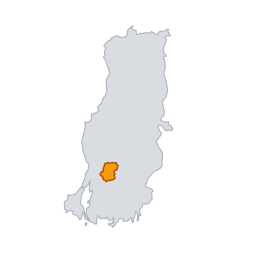 where Eskisehir sits in Turkey, rotated 284°
{"feature_id": "TUR-2269", "entity_name": "Eskisehir", "entity_type": "Province", "adm_level": 1, "iso_a3": "TUR", "parent_name": "Turkey", "parent_adm1": "", "projection": "orthographic", "projection_center": [31.246, 39.627], "detail": "fine", "context": "in_parent", "style": "filled", "palette": "amber", "viewbox_px": 256, "rotation_deg": 284, "n_neighbors": 0, "source": "natural_earth", "source_scale": "10m", "svg_char_len": 4808}
<svg xmlns="http://www.w3.org/2000/svg" viewBox="0 0 256 256"><g transform="rotate(284 128 128)"><path d="M190.4,87.1L193.8,87.9L194.8,86.9L197.8,86.7L200.5,87.0L201.7,84.8L203.6,84.8L204.1,85.8L205.0,86.0L208.1,88.1L207.8,88.5L208.6,89.3L211.0,89.6L211.4,90.9L213.5,92.5L214.9,95.3L214.6,97.4L213.8,98.8L215.9,103.0L215.5,103.6L218.6,104.7L222.2,103.9L223.5,104.3L227.5,107.3L228.6,108.5L225.9,107.2L224.7,108.8L224.5,112.3L220.7,113.5L221.6,115.7L222.8,116.5L222.8,118.7L223.2,119.5L224.5,120.7L224.6,122.6L225.3,124.5L225.6,126.9L227.4,127.4L226.8,128.6L225.6,133.7L225.8,134.1L227.0,134.0L230.1,135.9L229.7,136.7L230.5,139.7L233.2,141.4L232.9,142.5L233.2,143.5L231.3,143.3L228.2,146.6L227.8,146.6L227.2,145.7L226.7,142.9L225.7,142.3L224.6,142.3L222.8,143.9L221.1,144.1L219.3,144.1L214.4,143.0L212.8,143.8L210.9,143.4L207.9,147.2L206.8,147.6L206.1,146.0L204.8,145.2L203.4,146.7L197.5,149.0L194.8,149.6L191.4,149.4L188.6,149.9L181.3,154.5L174.1,157.2L167.5,157.6L163.7,155.6L160.8,155.2L152.6,159.5L148.4,159.6L146.9,158.2L143.7,157.8L143.1,159.3L142.6,162.7L143.9,165.8L142.1,166.1L141.0,166.9L140.8,169.2L139.2,170.2L138.7,171.7L138.5,171.8L135.7,170.7L136.4,169.5L134.5,165.3L135.3,163.9L138.6,160.1L138.4,158.0L136.8,156.7L132.6,159.5L132.2,160.5L131.3,161.4L129.6,161.8L121.7,158.7L117.3,161.8L113.5,166.3L110.6,168.0L101.9,169.4L100.4,170.3L97.4,169.4L95.6,168.3L91.6,163.4L84.0,159.7L76.0,158.7L75.3,159.7L75.0,163.5L73.7,167.1L73.0,167.5L71.3,166.5L65.1,168.6L59.8,166.1L58.9,165.1L57.9,160.9L57.1,160.5L56.2,161.1L55.4,161.1L51.6,159.1L49.6,159.0L48.3,160.7L46.3,161.3L46.3,160.8L47.1,159.7L44.0,159.8L42.3,160.6L40.0,160.0L40.2,159.5L42.0,159.0L46.3,158.6L49.0,155.9L39.0,155.6L38.0,156.2L37.9,154.7L38.5,154.1L41.2,153.7L41.0,152.5L39.5,151.1L37.8,150.4L37.1,147.3L36.2,146.5L36.4,146.1L38.0,145.6L38.5,143.5L38.3,142.1L35.1,140.8L34.4,140.8L33.7,139.6L32.3,138.7L31.2,139.3L28.1,137.4L28.7,136.1L29.5,136.2L29.7,135.2L29.2,133.4L29.3,132.5L30.0,132.3L30.8,132.6L31.5,133.6L31.5,135.6L32.3,136.8L33.0,135.6L34.4,136.4L37.1,135.9L37.6,135.4L35.7,135.4L35.0,134.8L33.6,131.6L35.2,130.7L36.4,129.2L34.3,128.1L34.8,125.9L33.1,123.3L35.7,120.3L35.6,119.8L34.9,119.6L27.0,120.5L27.0,119.1L27.7,117.9L27.8,114.9L28.2,113.2L29.7,112.8L31.5,110.5L34.5,107.8L37.4,108.0L38.6,107.2L40.4,107.3L40.8,108.4L42.3,109.3L45.0,109.3L46.4,108.6L45.2,107.1L46.7,106.7L47.9,107.1L47.2,108.6L47.6,108.8L51.1,108.4L54.7,108.9L58.8,108.8L59.3,108.4L56.5,106.7L58.3,105.4L59.4,105.2L67.8,104.1L67.9,103.8L62.7,103.0L60.1,101.1L59.4,100.1L60.0,97.8L60.6,97.2L62.4,97.1L68.7,98.3L73.2,97.7L78.2,99.3L82.9,99.0L83.8,98.3L85.0,96.0L91.6,92.2L93.9,90.2L104.1,86.2L119.5,86.4L122.1,84.8L123.6,85.2L123.3,86.2L123.4,87.1L125.3,89.3L128.1,90.5L131.9,89.2L133.3,89.6L134.8,93.1L137.3,95.1L138.4,95.2L139.8,93.9L141.2,93.6L143.5,94.7L144.4,95.9L151.8,96.9L153.5,97.9L158.5,98.6L169.3,95.1L173.5,96.5L176.9,96.7L178.3,96.3L182.5,93.8L183.8,92.5L186.4,91.2L189.6,88.5L190.4,87.1ZM49.0,86.3L48.6,87.9L49.2,89.7L50.7,92.2L52.2,93.5L59.6,97.0L58.5,100.1L56.6,100.5L50.2,98.8L47.5,100.0L45.6,99.6L43.0,100.1L42.2,101.9L40.2,104.0L34.9,106.4L29.9,111.4L28.5,112.0L29.2,110.3L29.2,108.7L31.4,107.0L34.4,105.7L35.2,104.6L27.9,104.4L27.3,102.8L28.0,102.5L30.6,99.8L30.9,98.6L30.8,95.8L33.7,94.3L34.0,93.6L33.7,90.8L31.1,89.0L31.2,88.2L33.2,87.6L34.3,85.7L37.2,85.5L38.5,84.6L41.0,84.2L43.9,86.8L47.6,86.0L49.0,86.3ZM26.1,111.0L23.6,111.3L22.8,110.8L23.7,110.0L25.6,109.6L26.2,110.5L26.1,111.0Z" fill="#d9dde1" stroke="#a8b0b8" stroke-width="1"/><path d="M77.3,112.2L78.0,112.5L78.7,112.6L79.1,113.2L79.2,114.0L79.3,114.3L79.5,114.4L80.0,114.4L81.0,113.9L81.6,114.0L81.9,114.2L82.2,114.3L82.5,114.1L82.8,113.8L83.8,113.9L84.1,113.9L84.3,113.8L84.8,114.3L85.1,114.2L85.4,114.3L85.9,114.2L86.6,114.2L87.0,114.0L87.5,114.4L88.0,114.3L88.0,114.7L88.1,114.9L88.1,115.3L88.3,115.7L88.6,116.1L88.9,116.3L89.3,116.3L89.3,116.5L89.5,116.8L89.7,117.2L89.2,117.8L89.3,118.5L89.8,119.9L90.4,120.4L90.5,120.7L90.6,121.1L90.8,121.4L90.9,121.7L90.9,122.1L90.8,122.5L90.7,123.0L90.8,123.2L90.8,123.8L91.0,124.1L91.4,124.4L91.5,124.8L91.3,125.1L91.0,125.4L90.8,125.4L90.5,125.5L90.4,125.6L90.3,125.8L89.8,126.1L89.5,126.3L89.5,126.7L89.4,127.1L89.2,127.3L88.4,127.5L87.7,127.4L87.3,127.3L86.5,127.3L85.0,127.4L84.2,126.8L83.7,125.6L82.9,124.7L82.5,124.9L82.1,125.2L81.7,125.5L81.3,125.6L80.5,126.2L79.7,126.5L79.2,126.0L78.7,125.7L78.3,126.0L77.6,126.7L76.9,127.2L76.5,127.4L76.0,127.5L75.5,127.2L75.3,127.0L75.1,126.9L74.9,126.6L74.7,126.2L74.4,125.9L74.0,125.8L73.8,124.9L72.7,123.4L72.6,122.3L72.3,121.5L71.1,120.3L70.7,119.6L71.4,118.9L71.8,118.1L72.0,116.7L72.2,116.4L72.6,116.3L72.8,116.0L72.9,115.7L73.5,115.5L74.1,115.5L74.6,115.1L75.0,114.4L75.1,113.7L75.3,113.0L76.2,112.3L77.3,112.2Z" fill="#f59e0b" stroke="#b45309" stroke-width="1.5"/></g></svg>